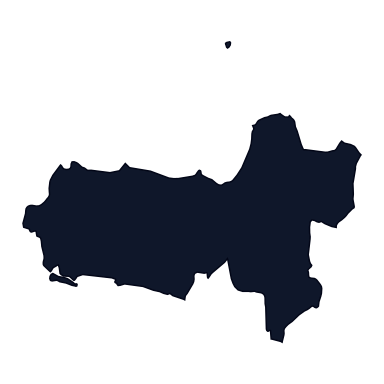 the Province of Jawa Tengah
{"feature_id": "IDN-1224", "entity_name": "Jawa Tengah", "entity_type": "Province", "adm_level": 1, "iso_a3": "IDN", "parent_name": "Indonesia", "parent_adm1": "", "projection": "natural_earth1", "projection_center": [110.164, -7.029], "detail": "fine", "context": "isolated", "style": "filled", "palette": "ink", "viewbox_px": 384, "rotation_deg": 0, "n_neighbors": 0, "source": "natural_earth", "source_scale": "10m", "svg_char_len": 4414}
<svg xmlns="http://www.w3.org/2000/svg" viewBox="0 0 384 384"><path d="M60.6,165.0L61.6,166.0L62.5,167.6L63.7,168.9L66.0,169.5L68.6,169.3L70.2,168.5L71.0,166.8L71.2,163.9L72.1,161.9L74.2,161.8L76.5,162.7L77.8,163.5L81.9,167.2L84.5,168.1L87.4,170.3L88.2,170.4L91.1,170.3L110.0,172.7L119.4,170.8L125.3,163.5L129.5,167.7L150.4,171.2L168.9,178.1L173.7,178.7L178.4,178.6L192.5,176.3L195.1,175.4L196.3,174.2L196.6,173.5L198.5,170.9L199.3,170.3L200.5,170.8L200.9,172.0L201.0,173.4L201.5,174.7L203.1,175.8L208.1,178.4L211.8,179.7L216.3,183.5L218.6,184.9L221.3,185.3L223.2,184.3L225.0,183.0L227.1,182.4L229.4,182.2L231.2,181.6L232.7,180.6L237.1,175.2L241.9,167.8L249.8,149.2L251.2,143.7L251.8,138.9L252.0,133.8L252.5,131.4L253.5,130.0L253.8,128.4L252.7,125.6L254.9,125.1L256.0,124.2L257.8,121.3L259.1,120.2L264.6,117.7L267.5,117.1L268.6,116.6L270.3,115.7L271.2,115.4L277.8,114.4L280.1,113.6L281.1,114.5L284.1,116.6L285.3,117.1L287.4,117.1L288.5,117.0L289.0,116.6L289.4,115.7L290.3,116.4L291.1,117.5L291.3,117.9L292.7,119.0L293.8,120.2L294.6,121.9L295.3,126.8L297.1,131.1L301.1,144.4L303.0,148.9L303.8,149.7L304.5,149.8L305.2,149.7L325.3,152.3L327.8,152.2L332.3,150.9L334.6,150.6L336.2,149.3L339.9,143.2L341.6,141.1L344.4,143.2L350.6,144.6L354.2,146.3L355.4,147.5L359.0,152.8L361.0,154.9L360.5,155.4L356.3,163.3L355.4,166.5L355.4,168.8L353.5,180.1L352.9,183.4L353.3,194.2L352.9,198.6L353.0,200.0L354.0,205.4L354.2,206.7L354.0,207.7L352.2,208.9L347.8,213.3L346.1,215.6L344.6,217.2L341.6,219.8L339.3,221.4L338.4,222.1L337.9,222.7L337.3,223.4L336.5,224.9L336.2,225.8L336.2,227.4L331.8,226.5L325.1,223.7L323.4,222.7L322.0,221.7L321.3,221.5L320.4,221.7L319.5,222.1L318.3,222.1L316.7,221.6L314.8,220.5L312.0,219.9L310.2,221.8L309.5,227.1L309.6,232.9L310.1,236.7L310.0,239.1L308.2,254.7L309.5,261.4L310.4,263.7L311.7,265.3L311.1,266.7L308.4,269.1L307.9,270.1L307.8,270.9L308.2,271.7L308.4,272.7L308.5,275.0L308.8,277.1L310.6,278.1L314.4,278.5L315.6,279.1L316.8,280.1L319.6,283.7L320.7,285.3L321.4,286.7L321.7,288.5L321.4,293.4L320.7,296.3L318.9,301.8L318.4,306.2L317.7,306.9L316.6,307.7L315.5,307.6L314.5,307.1L313.6,306.4L312.8,306.0L311.6,306.3L308.9,308.5L307.2,309.6L304.3,311.0L298.9,314.9L292.1,321.4L288.1,324.3L286.0,326.4L284.4,328.4L284.0,329.6L283.8,330.6L284.0,333.4L283.9,334.4L283.8,335.1L282.3,341.2L282.1,342.2L280.7,341.4L271.7,339.0L271.2,339.0L270.5,330.5L269.9,330.4L269.2,330.5L268.5,331.1L267.7,331.2L266.8,330.4L266.4,329.0L265.8,307.1L265.2,303.8L265.1,297.9L264.9,296.6L264.5,295.5L263.6,294.1L261.5,292.8L256.3,291.9L254.6,291.2L250.7,291.6L248.5,291.3L242.6,291.3L238.1,289.9L234.8,286.6L233.1,283.3L231.4,278.7L227.8,259.7L227.4,258.6L224.5,262.3L212.7,272.3L211.1,273.8L209.0,277.0L208.1,278.1L207.7,277.7L207.5,276.6L207.2,273.3L206.7,272.7L206.1,272.6L205.5,272.9L204.8,273.1L203.8,273.1L197.3,272.1L194.9,273.2L194.2,274.4L193.8,275.9L194.0,279.2L193.6,281.7L192.7,283.9L187.1,293.4L185.4,295.6L185.1,296.8L184.7,299.8L183.8,299.3L172.8,295.6L170.0,293.4L167.5,294.3L163.6,293.3L159.8,291.6L153.4,290.2L143.0,286.4L124.6,283.9L120.3,285.2L118.1,285.5L117.1,284.3L116.9,283.4L116.2,283.0L115.5,282.8L114.9,282.1L115.0,281.4L115.8,280.0L115.7,279.5L115.0,279.0L111.9,277.8L93.4,275.7L82.7,274.5L77.1,276.4L75.6,278.7L74.4,280.2L73.6,280.2L70.3,277.1L69.2,276.4L67.9,276.2L65.5,276.1L63.2,275.7L61.4,274.8L60.1,273.5L59.3,267.7L58.3,264.9L56.8,265.4L56.1,266.0L53.4,267.5L52.6,268.4L51.2,270.9L50.3,271.7L44.1,265.8L43.6,265.1L43.3,264.2L43.3,262.4L43.5,261.2L44.1,259.1L44.2,257.6L44.1,255.6L41.9,246.5L41.4,241.2L41.0,239.3L40.7,238.3L40.1,237.4L38.8,236.8L37.7,236.4L36.9,236.0L36.4,233.2L36.2,231.5L35.5,231.0L34.2,231.1L31.6,232.0L30.5,231.7L29.9,230.8L29.1,228.9L26.5,228.1L23.7,227.2L23.0,223.3L25.6,213.6L25.8,210.8L26.1,208.8L27.0,207.3L28.3,206.2L30.2,205.5L32.2,205.4L36.3,206.1L39.1,205.9L40.3,205.3L41.4,204.7L44.3,202.3L45.7,200.7L47.1,198.8L48.3,197.5L49.2,196.0L49.6,194.3L49.4,192.1L49.2,188.3L49.9,182.1L50.4,180.2L52.9,175.3L60.4,165.2L60.6,165.0ZM74.1,283.4L74.6,284.0L76.7,283.9L77.1,284.7L76.7,286.0L75.9,286.2L74.9,285.9L72.0,285.3L66.1,283.0L59.7,281.7L58.3,280.8L56.7,280.2L52.1,280.9L50.5,280.4L49.8,278.6L50.1,276.3L51.2,274.4L52.8,273.5L58.4,276.6L64.0,277.5L67.5,278.7L73.2,282.5L74.1,283.4ZM226.7,42.5L229.8,41.8L230.5,42.8L230.2,45.0L228.8,47.2L227.5,48.0L226.6,47.1L226.2,45.6L225.7,44.3L225.6,43.3L226.7,42.5Z" fill="#0f172a" stroke="#020617" stroke-width="1.5"/></svg>